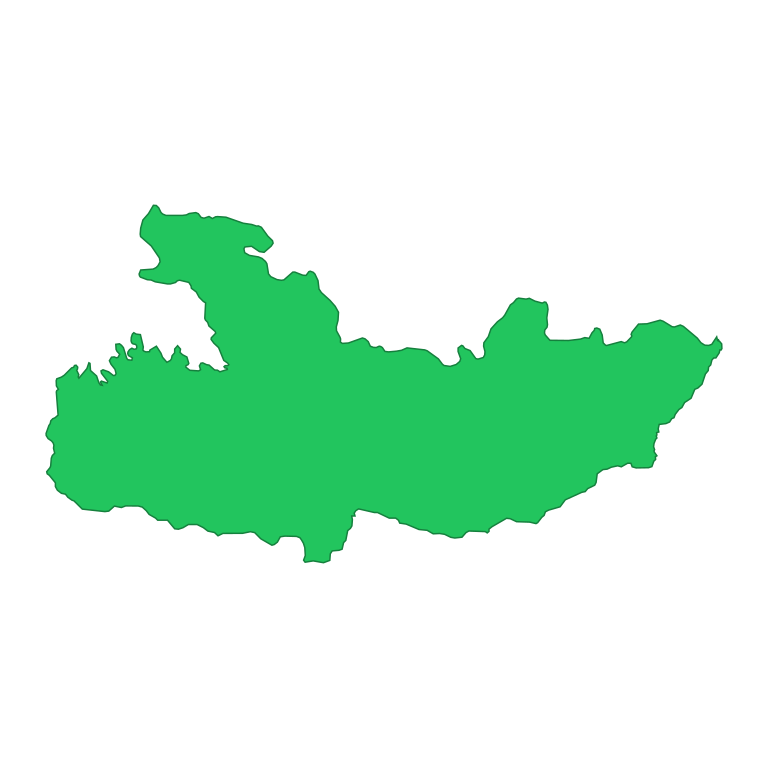 outline of Qanya, Qacha's Nek, Lesotho
{"feature_id": "5366337B93749016515077", "entity_name": "Qanya", "entity_type": "district", "adm_level": 2, "iso_a3": "LSO", "parent_name": "Lesotho", "parent_adm1": "Qacha's Nek", "projection": "mercator", "projection_center": [28.412, -30.083], "detail": "fine", "context": "isolated", "style": "filled", "palette": "green", "viewbox_px": 768, "rotation_deg": 0, "n_neighbors": 0, "source": "geoboundaries", "source_scale": "gbopen_adm2", "svg_char_len": 6078}
<svg xmlns="http://www.w3.org/2000/svg" viewBox="0 0 768 768"><path d="M303.6,560.2L305.1,562.2L313.2,560.9L323.5,562.7L329.8,560.4L330.3,553.8L332.2,550.9L339.0,550.3L342.1,549.2L343.6,542.6L345.8,540.4L347.7,530.6L350.4,528.4L351.9,525.9L352.4,519.7L351.7,516.0L355.0,516.0L354.2,513.1L355.8,510.7L358.6,508.9L374.3,512.5L377.5,512.5L389.2,518.1L395.7,518.1L398.5,520.3L399.7,523.1L406.2,524.1L419.0,529.5L427.1,530.3L433.2,533.8L439.6,533.5L444.6,534.3L450.8,537.3L454.8,538.0L462.0,537.2L466.0,532.6L468.9,531.0L485.3,531.6L487.2,532.9L489.0,531.4L489.0,529.1L492.0,526.7L506.5,518.3L510.2,518.7L516.6,521.7L529.7,522.1L536.0,523.6L537.6,522.7L541.8,517.3L544.1,515.4L545.4,511.8L548.7,510.1L560.1,506.8L565.3,499.8L581.8,492.3L585.2,491.6L587.7,488.6L594.7,485.2L596.1,482.4L597.2,473.8L602.9,469.6L607.2,469.1L611.3,467.2L617.7,465.8L621.3,466.8L627.7,463.2L630.9,463.3L632.2,466.8L636.1,467.9L648.5,467.7L651.9,466.6L653.8,461.2L655.6,459.5L655.4,456.7L656.9,455.8L654.3,452.1L654.0,450.9L654.6,449.7L653.6,446.8L654.0,443.5L655.7,439.2L656.9,438.0L656.2,436.0L656.9,435.0L656.6,432.6L658.8,432.0L658.2,428.8L659.2,424.4L665.9,423.6L669.6,422.0L671.7,418.7L674.0,417.7L675.2,414.4L678.9,409.5L681.9,407.5L684.6,402.5L691.1,398.2L694.8,389.3L697.9,388.0L702.0,384.2L705.4,374.0L708.2,370.6L708.6,367.0L710.7,364.9L711.9,360.0L713.7,358.0L715.9,357.9L719.2,352.9L719.9,349.9L721.1,350.0L721.9,348.6L721.7,343.9L719.3,341.0L718.4,341.0L718.4,339.8L717.5,340.2L716.7,336.9L711.8,344.3L708.8,345.4L704.8,345.2L700.9,342.7L697.3,338.1L683.4,326.4L680.3,325.0L674.4,327.0L672.1,326.7L663.1,321.2L660.1,320.2L647.0,323.8L638.5,324.1L632.1,332.0L631.1,334.4L631.8,335.8L631.5,336.9L626.7,341.9L624.5,342.8L621.2,341.6L606.6,345.5L605.5,345.2L603.2,342.9L602.2,335.0L599.8,329.2L596.8,328.0L594.7,328.5L594.3,330.3L592.0,332.8L589.1,338.3L584.8,337.6L580.4,339.1L568.6,340.5L549.9,340.3L545.2,334.9L544.5,333.0L544.8,330.0L547.0,327.3L547.5,324.7L546.8,317.9L548.0,309.4L547.4,305.1L545.9,302.3L544.4,302.0L542.3,303.1L534.9,301.1L529.3,298.3L526.1,299.1L518.5,298.1L516.5,299.0L513.5,302.6L510.4,304.9L504.7,315.2L502.6,317.8L497.4,321.8L491.0,328.9L488.3,336.7L483.9,342.7L483.6,346.1L485.0,351.7L484.7,354.9L483.3,357.5L478.0,359.1L475.8,358.6L470.1,350.6L464.9,348.5L462.8,345.8L461.5,345.4L458.1,348.0L458.1,351.5L460.7,358.7L459.8,361.4L456.2,364.5L450.2,366.4L444.0,365.5L442.4,364.2L438.4,358.9L427.2,350.8L424.8,349.9L407.0,347.9L401.5,350.3L396.3,351.2L388.6,351.9L384.9,351.4L382.4,347.6L380.7,346.5L379.2,346.2L376.3,347.5L373.5,347.4L370.3,346.2L368.2,341.6L365.0,338.8L362.4,338.0L348.4,343.0L342.3,343.4L340.4,342.1L340.6,339.0L340.0,337.2L336.5,330.8L336.3,326.9L338.0,320.4L338.5,312.3L335.2,306.3L330.0,300.4L321.4,292.6L319.0,289.0L318.0,280.6L314.9,274.0L313.2,272.3L310.2,271.2L308.8,271.7L306.1,275.4L302.8,275.2L294.9,272.1L292.8,272.1L283.9,279.9L281.4,280.3L277.0,279.6L270.8,276.7L268.5,273.9L266.9,263.8L265.5,261.5L262.0,258.4L258.4,256.9L249.4,255.4L244.7,252.7L243.9,248.7L245.0,246.9L251.6,246.3L259.4,251.6L264.1,252.3L271.2,246.1L273.1,243.2L272.5,240.7L267.8,236.1L261.4,227.3L258.4,225.9L256.6,226.1L251.8,224.5L243.1,223.2L226.0,217.2L217.5,216.6L215.6,216.8L212.4,218.5L209.0,216.5L204.0,218.2L201.1,217.4L198.3,213.7L195.8,212.6L189.2,213.5L186.4,214.9L182.5,215.4L165.9,215.4L162.6,214.0L161.0,212.5L158.7,207.8L156.3,205.5L153.4,205.3L148.5,213.6L142.9,220.0L140.7,228.1L140.2,234.1L140.6,236.6L151.3,246.0L159.4,257.9L160.1,261.8L158.0,265.7L156.1,267.6L153.1,269.1L140.7,270.0L139.1,274.0L139.5,275.8L140.4,277.1L147.3,279.7L151.1,280.0L155.2,281.8L167.3,283.9L170.5,283.9L175.5,282.5L177.4,280.7L179.6,280.2L188.8,282.4L191.0,285.8L191.4,288.3L196.3,292.0L199.1,297.2L203.4,301.5L205.6,302.8L204.8,318.2L205.3,319.8L207.7,322.4L208.9,326.0L215.2,331.5L215.7,333.2L211.3,337.8L211.1,339.4L213.9,343.2L218.6,347.6L223.8,360.4L227.8,363.2L228.8,364.7L227.8,365.6L225.2,365.6L224.0,366.7L224.9,367.9L227.1,368.3L227.3,369.5L219.9,371.8L217.5,370.2L214.6,370.0L209.1,365.1L206.6,364.7L202.8,362.9L200.9,363.2L199.4,365.9L200.6,369.7L198.7,370.9L189.8,370.3L185.8,367.1L186.0,365.6L188.0,364.7L188.8,363.4L186.9,357.0L182.5,354.7L180.0,352.4L180.5,349.1L177.6,345.7L174.7,349.0L174.6,352.9L172.1,355.7L171.4,359.0L170.3,360.5L166.9,362.3L162.5,357.2L160.9,353.1L156.4,346.2L149.9,350.1L149.5,351.7L145.9,351.9L144.0,351.2L142.9,350.1L143.3,346.9L140.4,334.6L136.2,334.1L133.8,332.7L132.4,334.1L131.3,337.4L131.1,340.9L131.7,342.8L133.0,343.9L135.6,344.4L136.6,345.6L136.8,347.4L136.3,348.8L134.1,349.3L131.9,348.2L129.6,349.6L128.0,351.9L127.7,353.6L128.5,355.6L132.4,357.8L131.8,360.2L128.0,359.8L126.8,358.5L123.4,347.6L121.5,345.3L119.5,343.8L115.8,344.3L116.1,349.4L117.0,351.3L119.7,354.2L118.0,357.4L116.5,357.8L114.2,356.9L111.5,357.2L109.4,360.7L111.0,364.2L115.0,369.3L116.1,373.6L115.0,375.4L113.3,375.5L108.6,371.8L103.0,369.8L101.0,370.9L101.5,373.3L107.7,381.3L107.1,383.0L101.4,381.1L100.5,382.0L102.2,385.3L100.3,384.9L98.8,382.6L96.6,376.0L90.5,370.5L90.0,363.4L88.9,362.8L86.9,368.6L78.9,378.2L78.2,377.0L78.8,374.7L76.7,370.3L77.5,369.0L77.7,367.1L76.1,365.2L74.5,365.5L73.6,367.3L71.6,367.9L64.3,375.2L61.4,377.1L56.8,378.8L56.2,380.7L56.4,385.9L58.4,389.3L56.7,390.7L56.3,392.0L58.1,415.1L54.8,417.9L52.8,418.7L50.8,420.8L50.2,423.6L48.9,425.5L46.1,433.4L46.2,435.5L48.1,438.6L51.6,441.0L53.1,442.9L53.9,445.2L53.5,448.2L54.7,453.2L52.4,455.4L51.3,458.2L50.7,465.8L50.1,467.5L46.7,471.7L47.2,473.8L49.3,475.3L55.4,482.8L55.4,486.6L57.4,490.2L61.4,493.3L65.5,494.2L67.9,497.3L72.0,500.2L73.9,500.8L82.3,509.1L104.9,511.6L108.8,511.1L114.4,506.1L121.4,507.5L125.7,505.9L138.3,506.0L142.3,507.1L146.3,510.7L149.1,514.4L155.6,518.1L157.7,520.2L167.5,520.2L174.7,528.8L178.5,529.2L183.0,527.7L188.4,524.5L197.1,524.5L203.3,527.6L207.9,531.1L214.5,532.5L218.0,535.8L222.9,533.4L242.6,533.3L250.4,531.7L254.7,532.6L260.8,538.8L271.9,545.2L274.3,544.5L277.4,542.1L280.3,536.8L284.9,536.1L296.5,536.4L299.9,537.7L301.5,539.9L303.4,543.2L304.8,547.6L305.3,555.5L303.6,560.2Z" fill="#22c55e" stroke="#15803d" stroke-width="1.5"/></svg>